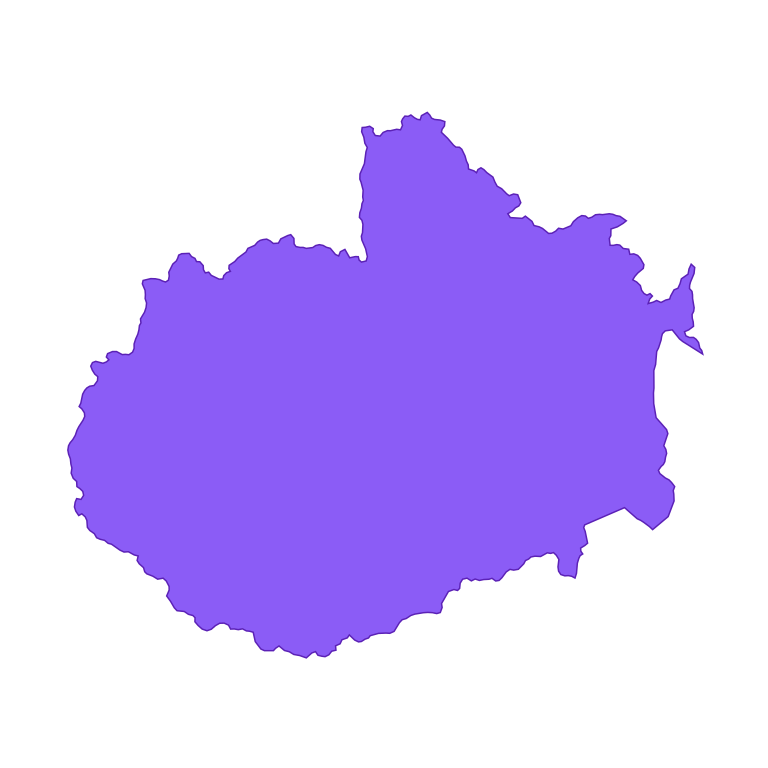 Itamaraju, Bahia, Brazil (Albers equal-area conic projection), rotated 356°
{"feature_id": "56859067B67912929740890", "entity_name": "Itamaraju", "entity_type": "district", "adm_level": 2, "iso_a3": "BRA", "parent_name": "Brazil", "parent_adm1": "Bahia", "projection": "albers", "projection_center": [-39.741, -16.985], "detail": "fine", "context": "isolated", "style": "filled", "palette": "violet", "viewbox_px": 768, "rotation_deg": 356, "n_neighbors": 0, "source": "geoboundaries", "source_scale": "gbopen_adm2", "svg_char_len": 6119}
<svg xmlns="http://www.w3.org/2000/svg" viewBox="0 0 768 768"><g transform="rotate(356 384 384)"><path d="M380.1,126.6L379.3,130.8L381.1,136.4L381.7,142.5L383.8,146.9L382.2,151.1L379.8,162.9L374.7,172.8L374.2,178.0L375.2,181.1L376.7,189.3L375.8,195.9L376.2,199.5L374.6,202.6L373.7,207.1L371.8,211.6L371.1,216.1L373.4,219.2L374.1,223.3L373.1,231.6L371.7,235.0L372.0,238.9L375.1,247.8L376.3,255.8L374.8,260.0L370.0,260.8L367.8,258.6L367.2,255.2L364.3,254.9L358.6,255.7L354.4,247.0L349.7,249.0L347.7,253.1L344.6,251.4L339.9,244.9L336.1,243.6L332.9,241.5L329.2,240.5L325.5,241.1L322.5,242.9L315.9,243.3L312.9,242.1L309.8,241.9L305.8,240.8L304.1,238.0L304.3,232.5L301.4,228.5L298.3,229.2L291.2,232.0L288.5,236.1L283.4,236.1L280.4,233.3L277.1,231.3L273.4,231.5L270.4,232.1L267.8,233.6L264.7,236.7L257.7,239.2L255.5,242.7L246.9,248.2L243.7,251.4L237.8,254.8L237.3,258.2L238.6,260.9L234.7,262.0L231.7,264.7L230.6,268.0L226.8,267.9L222.8,265.6L219.3,263.6L216.9,260.2L213.5,260.7L211.9,257.5L211.9,253.3L208.8,249.2L205.5,248.8L204.2,245.5L200.9,243.5L198.7,240.1L191.3,239.9L188.2,241.1L187.0,244.1L185.4,246.8L181.7,249.6L177.1,257.5L177.3,261.3L176.2,265.4L173.2,267.0L170.2,265.8L167.4,264.2L163.3,263.1L158.7,262.6L150.9,263.9L149.9,267.2L152.2,273.9L152.2,278.2L151.7,282.2L152.8,286.6L152.0,291.1L150.1,295.7L145.6,302.1L145.8,306.1L144.1,308.6L143.3,312.9L141.9,317.1L139.4,321.8L137.5,326.6L137.2,331.1L135.4,334.7L131.6,337.0L128.1,336.4L124.9,336.4L119.5,333.0L115.4,332.7L110.4,334.4L108.9,337.7L111.2,340.7L108.6,342.6L105.1,343.7L98.0,341.3L94.7,342.3L92.7,345.7L94.0,349.9L96.2,354.0L99.0,356.7L98.4,360.8L94.6,365.3L90.2,365.7L87.3,367.2L85.0,369.5L82.7,373.1L80.2,382.0L78.3,385.2L80.8,387.7L83.1,391.8L83.2,395.5L81.2,399.2L76.7,405.1L74.5,408.8L72.5,413.6L69.7,417.7L66.8,420.7L65.0,423.6L64.0,427.9L64.5,432.1L65.9,436.7L66.1,442.1L66.8,446.1L65.7,451.1L67.4,456.4L70.6,459.8L70.5,464.9L73.3,467.1L76.0,470.1L76.6,474.1L73.7,478.0L69.4,476.9L67.7,480.3L66.6,485.1L67.7,489.4L70.3,493.9L73.5,492.4L76.7,495.7L78.1,499.4L78.1,506.3L80.3,509.6L84.6,513.1L86.6,517.3L90.0,519.1L94.4,520.5L97.7,523.7L101.0,524.8L109.0,531.3L112.9,533.5L117.3,533.5L122.9,537.1L126.8,538.4L125.4,542.8L127.3,546.3L131.3,550.4L132.2,554.6L134.1,556.8L140.0,559.6L144.6,562.9L150.1,562.3L153.1,565.4L155.5,571.0L155.3,574.6L152.4,580.3L155.9,585.9L159.2,592.6L161.7,595.7L168.9,597.0L172.8,600.1L177.2,601.6L179.2,603.9L178.8,608.0L181.7,611.9L185.5,615.8L190.2,617.8L194.6,616.6L199.0,613.3L203.4,611.2L207.9,611.4L212.1,613.7L213.9,617.8L217.5,617.9L221.5,618.9L225.8,618.4L229.5,620.7L232.5,621.2L236.2,622.5L237.6,632.0L242.7,639.8L246.2,641.7L255.1,642.3L257.4,640.1L261.0,638.0L266.1,642.9L270.9,644.5L275.1,647.5L281.0,649.0L287.4,651.8L293.2,647.3L297.0,646.2L299.2,650.0L302.9,651.2L306.2,651.9L310.1,650.3L313.2,646.9L317.5,646.2L317.4,641.8L322.1,640.1L324.2,636.2L329.7,634.7L331.9,631.9L336.9,637.4L340.6,639.5L343.5,639.3L347.3,637.2L350.8,636.3L352.7,634.1L361.1,632.4L368.6,632.6L372.4,633.1L376.8,631.5L382.7,623.2L385.7,620.4L389.8,619.5L394.6,616.8L398.7,615.7L407.3,614.9L411.7,614.9L416.4,615.5L420.6,616.7L424.2,615.9L426.4,611.0L426.1,607.0L433.8,595.5L439.4,593.9L443.0,595.1L445.2,593.2L446.1,588.0L448.8,584.2L453.3,583.5L457.4,586.5L461.3,584.9L465.5,586.6L469.9,586.0L475.1,586.1L478.2,585.4L481.7,588.3L485.1,588.0L488.1,585.5L492.8,580.0L496.7,577.7L500.4,578.7L505.1,578.2L510.9,573.1L512.8,570.0L516.1,568.7L518.5,566.8L522.6,566.3L528.2,567.0L535.1,563.8L538.4,564.6L541.3,564.0L544.0,566.9L546.2,571.2L544.8,578.6L545.1,582.9L547.1,586.4L551.0,588.0L554.5,588.0L557.8,588.9L561.0,590.9L562.8,586.3L564.4,576.2L566.2,571.5L567.7,568.9L570.4,567.4L568.7,564.5L568.7,561.4L573.1,559.1L576.0,557.0L574.4,545.0L573.2,541.2L574.4,538.5L615.3,524.1L627.2,536.1L630.5,537.9L633.3,540.0L638.8,544.7L641.8,548.0L658.2,536.1L665.2,520.9L665.4,514.0L665.1,510.5L666.8,506.6L664.0,502.3L661.6,499.5L658.1,497.4L652.9,492.6L651.7,489.2L654.8,485.5L657.0,483.8L658.7,481.1L659.8,476.4L661.1,473.0L660.6,468.9L658.8,465.1L663.7,453.3L662.7,449.2L653.1,436.6L651.7,422.3L652.2,411.7L653.0,406.9L654.1,389.4L656.3,383.5L658.3,370.6L660.4,367.1L663.5,359.4L664.2,356.2L665.3,353.2L668.3,350.6L675.3,350.1L681.9,359.6L684.9,362.4L704.0,376.4L703.3,372.8L701.5,370.1L700.7,364.6L698.5,361.2L696.0,359.1L691.9,358.9L688.5,357.0L687.4,352.8L691.7,351.3L696.8,348.0L696.8,343.7L696.1,339.8L696.2,336.1L698.0,333.1L698.7,329.6L697.8,320.4L698.0,316.5L697.7,313.1L695.4,310.1L695.8,306.8L696.9,303.6L701.0,295.4L702.1,289.4L698.8,285.9L696.3,290.5L695.0,295.6L688.0,299.8L686.3,304.6L683.9,309.0L679.9,310.3L676.1,316.2L674.9,319.2L670.9,319.9L666.0,322.0L661.8,319.7L658.3,321.1L653.1,322.2L655.0,317.8L657.9,315.0L655.7,312.4L652.5,313.7L649.7,311.9L647.5,308.5L646.6,303.7L643.2,299.9L639.4,297.4L641.7,294.2L644.9,291.0L650.7,286.8L651.6,283.1L648.4,276.4L646.0,273.4L642.3,271.6L638.3,271.8L637.5,266.6L632.1,265.5L628.9,261.9L626.0,261.2L622.4,261.7L619.2,261.4L618.9,254.5L620.6,251.9L621.2,245.2L627.8,243.5L633.8,240.4L637.1,238.1L631.1,233.2L627.2,232.2L624.2,230.7L620.6,229.9L613.7,230.3L610.9,229.8L606.8,229.9L603.0,232.1L599.4,233.0L596.7,230.5L593.0,229.8L588.9,231.7L584.3,235.2L581.4,239.2L573.4,241.9L569.0,240.8L565.9,243.5L562.1,245.3L558.7,245.3L553.0,239.9L549.7,238.0L544.7,236.4L543.0,232.1L536.7,226.4L533.5,228.4L521.6,226.8L519.4,222.8L524.1,220.4L527.4,217.4L530.9,215.8L533.1,212.7L530.6,204.5L526.5,203.5L522.0,204.9L519.6,202.8L515.0,197.4L510.7,194.6L508.7,190.2L507.1,185.2L501.3,180.3L498.6,177.1L495.8,175.1L492.7,176.6L491.0,179.7L488.7,177.7L483.3,175.4L483.3,171.2L481.8,167.4L480.7,162.1L478.0,155.3L475.8,153.1L472.2,152.7L470.0,150.6L464.6,143.3L458.8,136.9L459.7,134.0L462.3,130.8L463.0,126.5L458.5,124.6L452.8,123.6L450.0,122.1L448.4,118.9L446.1,116.1L440.1,118.9L438.5,123.0L435.7,122.3L432.9,120.5L429.6,117.5L426.8,118.7L423.5,118.2L421.1,120.8L419.7,123.4L420.5,127.4L418.2,131.6L414.4,130.8L408.0,131.8L405.1,131.5L400.7,133.0L397.4,136.4L392.6,135.5L390.5,131.5L391.1,128.5L387.7,125.9L383.4,126.6L380.1,126.6Z" fill="#8b5cf6" stroke="#5b21b6" stroke-width="1.5"/></g></svg>